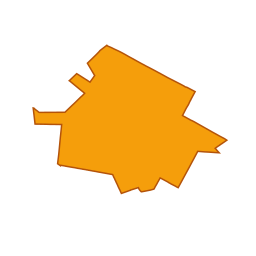 Galicea Mare, Dolj, Romania (Robinson projection), rotated 207°
{"feature_id": "2599482B6408106224849", "entity_name": "Galicea Mare", "entity_type": "district", "adm_level": 2, "iso_a3": "ROU", "parent_name": "Romania", "parent_adm1": "Dolj", "projection": "robinson", "projection_center": [23.315, 44.096], "detail": "fine", "context": "isolated", "style": "filled", "palette": "amber", "viewbox_px": 256, "rotation_deg": 207, "n_neighbors": 0, "source": "geoboundaries", "source_scale": "gbopen_adm2", "svg_char_len": 3899}
<svg xmlns="http://www.w3.org/2000/svg" viewBox="0 0 256 256"><g transform="rotate(207 128 128)"><path d="M184.4,192.1L184.5,191.9L187.7,185.2L188.2,184.0L188.3,183.3L188.7,181.9L189.7,178.7L193.1,168.7L193.6,167.3L186.7,162.9L181.5,159.6L182.5,152.9L182.7,151.6L185.5,151.9L196.7,153.0L198.4,153.1L200.1,148.3L201.8,143.5L201.6,143.5L188.6,140.6L182.4,139.3L182.5,138.9L183.3,136.3L184.1,134.3L187.1,125.4L188.1,122.7L190.7,115.2L191.2,113.7L191.3,113.4L212.8,102.3L214.2,101.6L214.5,101.6L215.0,101.6L215.9,101.9L218.8,102.4L219.9,102.7L220.9,103.0L221.6,102.8L217.7,97.0L212.6,89.3L202.4,94.3L199.2,95.8L194.8,98.0L192.3,99.2L188.7,101.0L186.9,96.5L184.2,89.4L180.8,80.8L177.8,73.2L174.5,64.2L170.9,63.7L170.9,63.8L170.8,64.1L170.8,64.3L170.7,64.3L170.3,64.5L169.5,64.7L168.4,65.1L167.9,65.2L167.4,65.4L166.5,65.6L165.5,65.9L164.5,66.2L163.6,66.5L162.6,66.8L161.6,67.1L160.7,67.4L159.7,67.7L158.8,68.0L157.9,68.3L157.0,68.6L156.1,68.8L155.2,69.1L154.3,69.3L153.5,69.6L152.6,69.9L151.9,70.1L151.3,70.3L150.7,70.5L150.1,70.6L149.5,70.8L148.9,71.0L148.3,71.2L147.7,71.4L147.1,71.6L146.5,71.8L145.9,71.9L145.4,72.1L144.8,72.3L144.2,72.4L143.6,72.6L143.0,72.8L142.4,73.0L141.9,73.1L141.3,73.3L140.7,73.5L140.2,73.6L139.6,73.8L139.0,74.0L138.5,74.2L137.9,74.3L137.4,74.5L136.8,74.7L136.3,74.8L135.7,75.0L135.2,75.1L134.7,75.3L134.2,75.4L133.6,75.6L133.0,75.8L132.4,76.0L131.9,76.1L131.3,76.3L130.8,76.5L130.2,76.6L129.7,76.8L129.2,76.9L128.7,77.1L128.1,77.3L127.5,77.4L127.0,77.6L126.4,77.8L125.9,77.9L125.4,78.1L124.9,78.2L124.4,78.4L123.9,78.5L122.7,78.9L122.3,79.0L121.5,79.3L121.4,79.3L121.2,79.3L120.9,79.4L120.7,79.4L120.6,79.5L120.3,79.4L120.0,79.1L119.7,78.9L119.4,78.6L119.1,78.4L118.9,78.2L118.6,77.9L118.3,77.7L118.0,77.5L117.7,77.3L117.4,77.1L117.1,76.9L116.8,76.6L116.3,76.2L116.0,75.9L115.5,75.6L115.0,75.2L114.5,74.8L114.0,74.4L113.6,74.0L113.1,73.7L112.6,73.3L112.2,73.0L111.8,72.7L111.4,72.4L111.0,72.0L110.6,71.7L110.1,71.3L109.7,71.0L109.3,70.6L108.8,70.3L108.4,70.0L107.9,69.6L107.5,69.3L107.0,69.0L106.6,68.6L106.2,68.3L105.8,68.0L105.4,67.6L104.9,67.3L104.5,67.0L104.2,66.7L99.4,71.7L99.0,72.2L98.0,73.2L97.6,73.6L97.6,73.8L97.5,74.0L97.4,74.0L91.7,79.6L91.5,79.4L91.3,79.3L91.3,79.2L91.2,79.1L90.8,78.8L90.6,78.7L90.4,78.6L90.2,78.4L89.8,78.2L89.6,78.1L89.3,78.0L89.1,77.9L88.9,77.8L88.6,77.7L88.4,77.6L88.2,77.5L87.9,77.4L87.7,77.4L87.3,77.2L87.2,77.2L86.3,77.8L83.1,80.3L79.8,82.9L77.2,85.3L77.1,85.5L77.1,88.2L77.0,89.6L76.9,91.6L76.9,93.5L76.8,94.6L76.8,95.4L76.7,97.0L76.7,97.7L76.7,98.1L75.5,98.1L74.2,98.1L68.9,98.0L68.2,98.0L66.9,97.8L66.5,97.8L66.1,97.8L65.7,97.8L65.2,97.8L64.8,97.7L64.3,97.7L63.9,97.7L63.5,97.7L63.1,97.7L62.7,97.7L62.3,97.7L61.9,97.7L61.4,97.7L61.0,97.7L60.5,97.7L60.1,97.7L59.7,97.7L59.3,97.7L58.9,97.7L58.4,97.6L58.0,97.6L57.6,97.6L57.1,97.6L56.7,97.6L56.3,97.6L56.2,97.6L55.6,121.1L55.3,136.4L55.3,138.0L55.3,138.8L54.2,139.3L48.9,141.5L45.1,143.2L44.4,143.5L39.2,145.7L35.5,147.3L38.2,148.3L40.8,149.4L41.1,149.5L40.5,150.8L40.0,151.7L39.8,152.0L39.5,152.7L39.1,153.3L38.8,153.8L38.5,154.4L38.5,154.6L38.3,154.9L38.1,155.1L38.0,155.5L37.8,155.8L37.5,156.3L37.3,156.5L37.1,157.1L36.7,157.7L36.4,158.3L36.1,158.8L35.8,159.4L34.9,161.1L34.6,161.6L34.4,162.0L36.9,162.3L43.1,162.4L45.4,162.5L51.7,162.7L60.6,163.1L67.5,163.4L71.9,163.6L74.1,163.6L74.6,163.6L75.0,163.5L75.7,163.5L85.1,163.8L85.1,164.1L85.1,169.2L85.1,171.4L85.0,173.4L84.8,175.8L84.8,177.3L84.9,178.6L84.9,181.1L84.8,181.5L84.9,182.3L84.8,187.1L84.7,190.9L86.3,190.9L92.1,191.0L94.3,191.0L94.8,190.8L95.0,190.7L95.3,190.7L95.7,190.6L96.2,190.7L96.9,190.8L101.4,190.9L115.7,190.9L118.6,191.0L121.4,191.1L122.2,191.1L123.9,191.2L126.0,191.2L129.3,191.3L135.9,191.4L140.5,191.4L142.4,191.5L144.6,191.5L147.8,191.6L150.8,191.7L160.2,192.0L164.1,192.2L167.7,192.3L171.1,192.3L176.6,192.1L179.0,192.1L183.6,191.8L184.4,192.1Z" fill="#f59e0b" stroke="#b45309" stroke-width="1.5"/></g></svg>